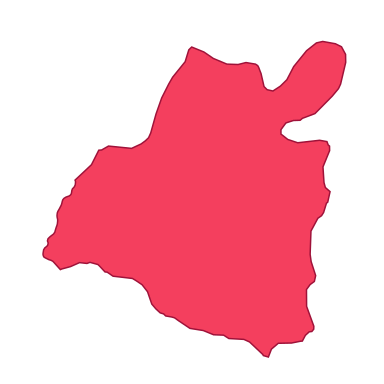 Villa Nueva, Guatemala, rotated 94°
{"feature_id": "79465075B28171431447945", "entity_name": "Villa Nueva", "entity_type": "district", "adm_level": 2, "iso_a3": "GTM", "parent_name": "Guatemala", "parent_adm1": "", "projection": "mercator", "projection_center": [-90.605, 14.533], "detail": "fine", "context": "isolated", "style": "filled", "palette": "rose", "viewbox_px": 384, "rotation_deg": 94, "n_neighbors": 0, "source": "geoboundaries", "source_scale": "gbopen_adm2", "svg_char_len": 2119}
<svg xmlns="http://www.w3.org/2000/svg" viewBox="0 0 384 384"><g transform="rotate(94 192 192)"><path d="M188.3,309.5L189.8,308.9L191.3,308.9L193.2,309.0L195.3,309.9L197.2,311.5L199.0,312.0L200.8,312.1L202.2,312.3L203.5,313.0L204.6,314.4L205.2,315.8L205.9,317.4L207.3,319.3L208.7,320.3L210.1,320.7L212.6,321.1L214.2,321.5L217.9,323.1L220.6,324.4L222.2,324.9L223.9,325.0L225.2,325.0L226.9,324.7L228.8,324.1L230.4,324.0L233.3,324.1L235.2,324.5L236.4,324.9L239.8,325.7L241.5,326.0L243.6,327.2L246.2,330.2L247.4,331.3L248.7,332.4L250.9,332.8L252.9,331.9L255.4,332.3L256.8,333.6L258.1,335.0L260.1,336.0L263.6,336.3L265.1,336.2L267.0,335.4L267.8,334.1L268.5,332.4L269.5,330.0L269.9,328.1L270.8,326.0L271.8,324.9L278.6,317.9L277.9,316.6L274.9,308.0L270.3,299.3L270.6,291.8L269.3,288.9L270.9,280.8L272.3,279.1L277.8,273.2L277.9,271.0L281.5,264.9L282.4,245.4L284.3,241.7L288.0,235.3L294.6,229.4L306.6,224.3L311.1,219.9L314.8,215.3L315.6,211.8L317.5,209.6L318.1,203.6L318.7,200.7L321.6,196.0L328.2,184.5L329.4,171.1L332.9,160.5L332.6,150.5L335.6,145.0L335.4,130.0L337.6,124.1L349.1,110.1L350.2,109.4L351.3,104.3L343.2,101.8L336.9,95.4L335.7,82.1L333.4,73.7L333.0,71.5L327.1,68.9L323.3,65.3L322.8,62.7L320.4,61.0L317.4,61.1L298.1,69.7L281.3,71.0L276.1,67.7L272.7,63.7L266.8,62.8L253.1,68.3L245.9,69.8L222.7,70.6L209.4,64.6L206.6,61.1L203.3,59.3L193.8,57.1L192.7,55.9L182.0,54.3L178.2,59.3L173.3,61.0L157.8,63.1L141.1,57.6L136.6,58.0L135.6,59.4L132.3,60.9L131.5,68.3L135.5,90.0L132.9,100.1L128.0,107.3L123.6,107.6L118.2,104.2L116.5,103.0L113.6,95.8L112.9,89.1L110.8,87.0L105.2,74.8L86.6,58.8L78.7,53.1L74.0,51.3L52.0,47.7L44.0,48.4L36.7,53.0L34.1,59.3L32.7,72.1L34.6,78.3L43.1,87.6L59.8,99.3L73.4,105.2L80.2,111.2L85.6,118.3L84.7,124.2L81.8,127.5L69.0,131.4L66.7,132.5L63.0,134.2L61.3,135.3L60.0,137.6L59.1,147.2L61.6,154.9L62.0,166.1L57.3,180.0L51.5,189.9L47.4,202.4L48.8,203.7L50.4,205.1L62.5,207.9L78.8,219.3L85.8,222.7L100.3,228.8L116.6,233.3L136.0,237.3L140.9,239.1L144.2,242.1L147.6,246.1L152.7,255.3L152.0,278.5L156.4,285.1L156.8,287.9L171.8,294.2L188.3,309.5Z" fill="#f43f5e" stroke="#9f1239" stroke-width="1.5"/></g></svg>